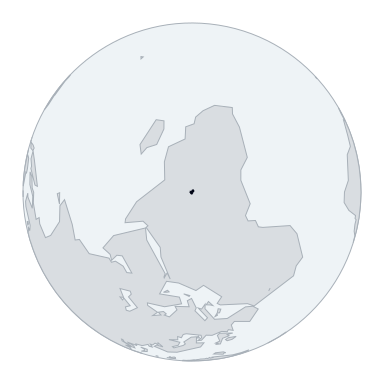 Western on an orthographic globe, rotated 189°
{"feature_id": "RWA-3492", "entity_name": "Western", "entity_type": "Province", "adm_level": 1, "iso_a3": "RWA", "parent_name": "Rwanda", "parent_adm1": "", "projection": "orthographic", "projection_center": [29.348, -2.109], "detail": "fine", "context": "on_globe", "style": "filled", "palette": "ink", "viewbox_px": 384, "rotation_deg": 189, "n_neighbors": 0, "source": "natural_earth", "source_scale": "10m", "svg_char_len": 6378}
<svg xmlns="http://www.w3.org/2000/svg" viewBox="0 0 384 384"><g transform="rotate(189 192 192)"><circle cx="192" cy="192" r="169" fill="#eef3f6" stroke="#a8b0b8"/><path d="M93.6,54.6L91.3,56.4L88.7,58.4L86.1,60.3L93.6,54.6ZM24.9,167.3L24.3,174.1L25.7,178.6L26.0,185.7L25.6,190.3L26.8,191.4L26.8,194.3L34.1,198.3L40.1,205.4L41.4,215.8L39.4,227.9L44.5,253.1L42.7,261.8L46.9,271.9L53.6,286.8L51.9,286.0L57.2,293.0L60.2,297.5L60.4,298.0L60.6,298.3L53.0,288.1L46.2,277.4L40.2,266.2L35.1,254.6L30.8,242.6L27.5,230.4L25.0,217.9L23.6,205.3L23.0,192.6L23.5,179.9L24.9,167.3ZM87.6,324.8L86.0,323.3L87.1,324.0L88.5,325.3L87.6,324.8ZM235.4,28.7L237.4,29.3L237.7,29.3L249.2,33.0L260.4,37.5L271.2,42.8L281.7,48.8L291.7,55.6L301.1,63.0L310.1,71.1L318.4,79.9L326.1,89.2L333.1,99.0L339.3,109.3L344.9,120.0L347.5,126.3L347.6,129.5L348.5,132.4L346.2,128.4L346.6,133.6L353.8,151.7L354.9,156.8L354.0,165.2L353.3,161.4L347.2,150.9L348.6,162.8L353.3,174.0L355.1,186.6L352.5,182.0L350.5,171.0L348.3,166.9L347.0,156.4L341.7,140.6L339.0,142.8L337.4,136.7L329.6,124.0L324.8,127.0L318.2,142.0L320.3,157.8L316.7,164.5L305.2,141.2L299.9,126.3L295.8,127.5L283.9,115.0L263.6,113.7L260.6,110.0L256.8,111.7L248.4,108.0L243.8,102.2L238.7,102.5L250.9,118.0L256.3,117.8L260.7,112.0L263.1,117.6L271.2,122.9L262.6,136.7L232.3,149.2L229.2,137.5L205.7,107.1L206.4,103.8L206.3,103.5L206.0,102.8L203.9,108.2L199.9,102.6L212.5,123.0L214.7,132.3L231.8,149.9L230.2,151.7L235.8,155.5L253.3,151.2L253.4,155.1L245.2,173.7L220.8,199.7L224.0,217.5L222.3,233.0L207.1,243.3L208.4,255.4L200.6,259.7L200.1,266.6L193.8,274.0L183.3,281.1L165.4,281.7L164.2,275.4L155.3,263.5L142.8,234.8L147.2,221.4L145.6,211.2L132.7,189.5L135.5,177.1L132.1,172.2L124.9,173.8L121.0,168.0L116.6,168.1L89.9,174.2L81.8,167.2L72.5,145.0L77.5,135.4L78.6,125.1L112.8,89.2L119.8,90.4L146.4,84.9L149.7,85.9L146.3,93.2L166.0,101.6L172.7,95.3L190.9,100.0L203.2,99.8L208.1,86.3L188.0,86.2L184.8,79.9L201.1,74.4L218.7,75.5L218.1,73.1L207.2,67.8L211.5,63.8L203.4,65.7L206.5,68.0L201.5,69.5L198.4,67.6L200.1,66.1L194.8,65.1L188.4,73.2L190.8,76.4L176.9,78.2L179.6,83.9L175.8,86.8L169.7,78.2L170.5,75.1L159.1,66.9L157.0,70.2L167.7,78.4L164.2,77.9L161.5,83.3L160.9,78.7L149.8,69.8L137.4,72.6L121.2,86.9L114.1,88.7L108.3,86.8L114.7,73.2L129.9,70.8L132.4,66.8L129.7,61.8L134.6,61.7L135.3,59.6L141.1,58.9L149.7,53.6L155.6,52.8L159.4,47.1L163.0,46.1L159.7,49.6L160.6,51.9L175.5,51.1L178.4,49.9L179.7,46.4L183.6,47.0L182.9,43.8L191.7,42.6L180.5,41.7L181.6,38.5L187.1,36.2L185.5,35.2L176.6,39.1L174.8,40.9L176.6,42.6L170.1,48.5L164.9,49.7L164.1,43.6L156.6,44.9L159.3,40.3L181.7,31.4L190.9,30.2L205.1,33.7L202.8,35.3L196.5,34.5L201.9,37.7L201.7,36.2L204.9,36.9L206.9,34.8L209.3,35.2L207.0,32.6L210.2,33.0L211.6,34.6L217.1,32.5L223.8,33.2L223.9,32.5L222.2,31.7L231.8,33.5L231.5,33.0L228.2,32.2L225.3,30.7L224.1,29.1L227.5,29.8L228.4,30.5L235.4,33.4L237.3,35.5L238.6,35.7L237.8,34.1L229.2,30.5L227.5,29.4L231.9,30.8L230.2,30.2L230.4,29.9L233.8,30.5L229.1,28.9L226.8,26.7L230.5,27.5L235.4,28.7ZM100.8,106.3L99.8,109.3L100.8,106.3ZM237.5,84.4L248.0,85.4L243.1,77.2L246.7,77.1L243.7,74.5L242.7,76.6L235.3,70.0L239.8,68.1L238.4,64.9L234.8,64.5L227.8,69.2L238.3,78.5L236.0,81.6L237.5,84.4ZM81.8,63.9L87.5,59.3L83.2,62.7L80.9,65.0L77.0,68.6L79.1,66.5L77.0,68.4L78.3,67.1L81.8,63.9ZM134.0,50.6L135.8,51.5L133.3,53.8L125.8,56.3L129.3,52.8L134.0,50.6ZM138.9,52.3L140.2,46.4L144.9,45.1L142.1,46.7L145.1,46.5L141.2,49.1L144.5,54.3L142.6,56.8L129.7,59.1L135.0,56.7L132.9,55.8L138.9,52.3ZM135.2,38.0L135.8,36.7L145.2,35.4L143.6,36.9L136.0,39.0L133.5,38.6L135.2,38.0ZM168.5,24.7L169.5,24.5L172.4,24.2L175.1,23.9L175.6,24.0L171.9,24.3L175.0,24.4L170.1,24.9L170.8,24.9L167.1,25.6L163.8,26.6L161.6,26.8L161.3,27.1L158.8,27.8L157.6,28.3L153.3,29.2L151.5,30.1L150.4,30.0L148.5,31.4L148.0,30.8L144.8,31.9L146.9,31.9L126.4,37.5L118.2,41.1L111.6,44.7L111.6,43.9L117.9,40.3L126.9,36.1L134.9,33.0L133.5,33.5L136.8,32.3L136.5,32.4L138.2,31.8L153.2,27.6L168.5,24.7ZM153.6,83.1L156.2,83.3L160.3,82.8L158.6,86.4L153.6,83.1ZM145.9,77.0L148.2,76.4L147.9,80.8L145.2,80.8L145.9,77.0ZM149.8,72.6L148.4,76.0L147.6,74.2L149.8,72.6ZM161.9,49.1L164.5,48.5L164.6,49.3L163.1,50.6L161.9,49.1ZM183.8,26.2L182.1,25.9L182.9,25.7L182.2,24.8L185.8,24.6L187.6,25.1L183.8,26.2ZM204.5,88.5L200.8,91.1L199.0,89.8L200.6,89.2L204.5,88.5ZM178.5,88.4L184.3,90.1L178.0,89.4L178.5,88.4ZM187.6,25.9L186.9,25.4L189.1,25.6L187.6,25.9ZM188.3,24.5L191.0,24.6L186.1,24.5L188.3,24.5ZM263.2,315.5L263.6,317.8L261.3,317.8L263.2,315.5ZM250.8,230.7L238.7,257.8L230.8,257.9L229.6,249.8L234.3,233.4L243.5,228.8L248.1,221.5L250.8,230.7ZM358.5,220.9L358.6,220.0L358.5,220.6L358.5,220.9ZM359.0,216.6L359.0,217.5L358.7,218.2L359.0,216.6ZM358.8,216.2L356.3,213.6L354.8,210.7L355.6,207.9L358.0,210.1L358.8,216.2ZM355.4,207.8L352.5,198.3L345.6,173.4L348.2,174.3L354.8,190.0L354.5,192.4L356.2,199.6L355.4,207.8ZM360.2,176.2L360.6,182.3L360.9,189.3L360.7,196.1L360.3,203.5L359.3,201.5L358.6,199.7L358.2,189.7L358.4,185.0L359.2,185.7L359.6,171.4L360.2,176.0L360.2,176.2ZM321.0,159.3L324.8,169.2L322.6,170.6L321.0,159.3ZM358.4,162.8L359.0,167.2L358.0,160.7L358.4,162.8ZM350.1,137.0L349.4,137.3L348.6,134.9L348.9,133.2L350.1,137.0ZM217.2,26.9L214.2,28.0L214.5,29.4L218.4,30.8L211.6,29.6L211.3,27.4L217.2,26.9ZM225.2,26.4L221.8,25.7L224.1,26.1L225.2,26.3L225.2,26.4ZM222.6,25.9L217.0,25.1L215.6,24.7L220.3,25.5L222.6,25.9ZM202.3,24.4L201.2,24.7L199.4,24.4L202.3,24.4ZM331.3,287.7L330.3,288.9L331.4,286.5L334.7,281.7L342.9,265.7L342.9,266.3L347.4,256.0L350.8,249.8L345.3,263.0L338.8,275.6L331.3,287.7ZM360.2,207.9L360.7,200.2L360.9,195.2L360.2,207.9Z" fill="#d9dde1" stroke="#a8b0b8" stroke-width="1"/><path d="M191.9,193.7L191.7,193.6L191.4,193.4L191.1,193.4L191.1,193.5L191.0,193.8L190.9,193.7L190.7,193.6L190.7,193.4L190.6,193.2L190.6,192.9L190.8,192.8L190.8,192.7L191.0,192.5L191.3,192.4L191.4,192.1L191.4,191.9L191.3,191.4L191.4,191.2L191.5,190.9L191.7,190.7L191.8,190.5L191.9,190.3L192.0,190.3L192.0,190.2L192.3,190.2L192.4,190.3L192.5,190.4L192.7,190.5L192.8,190.5L192.8,190.8L192.9,191.0L192.9,191.3L193.0,191.4L192.9,191.4L192.9,191.5L193.0,191.5L192.9,191.6L192.8,191.8L192.8,192.0L192.7,192.1L192.8,192.2L192.7,192.2L192.7,192.3L192.4,192.4L192.3,192.5L192.2,192.5L191.9,192.6L192.0,192.7L192.0,192.8L191.9,192.8L191.9,193.0L191.9,193.3L192.0,193.3L192.0,193.5L191.9,193.7L191.9,193.7Z" fill="#0f172a" stroke="#020617" stroke-width="1.5"/></g></svg>